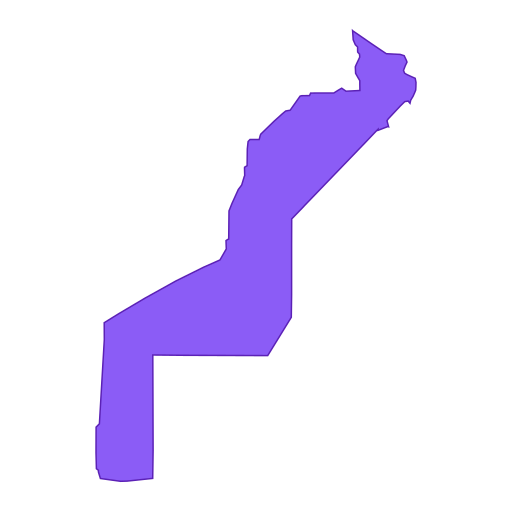 Gurbansoltan Eye, Tashauz, Turkmenistan
{"feature_id": "10190150B88624562206856", "entity_name": "Gurbansoltan Eye", "entity_type": "district", "adm_level": 2, "iso_a3": "TKM", "parent_name": "Turkmenistan", "parent_adm1": "Tashauz", "projection": "albers", "projection_center": [59.229, 41.168], "detail": "fine", "context": "isolated", "style": "filled", "palette": "violet", "viewbox_px": 512, "rotation_deg": 0, "n_neighbors": 0, "source": "geoboundaries", "source_scale": "gbopen_adm2", "svg_char_len": 1666}
<svg xmlns="http://www.w3.org/2000/svg" viewBox="0 0 512 512"><path d="M352.6,30.7L353.2,39.8L355.3,44.7L357.6,47.0L357.6,48.9L357.6,50.7L357.7,52.1L358.2,52.7L359.5,54.1L359.5,54.5L359.7,56.3L359.7,57.2L358.4,60.0L356.4,64.2L355.3,66.8L355.6,73.4L358.1,77.8L359.8,80.7L359.8,84.2L359.9,90.5L346.0,91.2L341.7,88.2L338.4,90.1L333.8,93.0L333.3,93.0L330.4,93.0L322.5,93.0L316.3,93.0L310.6,93.1L309.5,95.6L301.8,95.7L300.1,96.1L290.1,110.3L288.4,110.5L285.7,111.0L285.1,111.5L282.2,113.9L274.0,121.3L260.7,134.2L260.1,135.9L259.2,139.5L255.9,139.5L250.0,139.5L248.1,141.5L247.3,148.9L247.1,165.7L244.6,167.2L244.5,167.8L244.7,175.7L244.3,176.4L241.7,185.0L238.3,189.5L232.0,203.4L229.0,210.9L228.7,239.1L227.6,239.5L226.0,240.6L226.2,246.8L226.3,248.9L220.0,259.9L219.4,260.2L203.6,267.2L176.0,280.9L144.9,298.2L118.9,313.6L104.2,322.7L104.3,339.0L104.3,339.7L99.4,423.8L99.1,424.1L96.1,427.1L96.0,452.7L96.4,468.7L98.4,470.3L98.4,471.9L100.4,478.5L120.6,481.3L127.1,481.1L152.7,478.4L153.1,450.6L152.8,355.0L153.6,355.0L184.8,355.3L267.7,355.6L291.3,317.3L291.6,294.9L291.6,245.3L291.7,219.4L291.7,218.9L303.6,206.6L304.2,205.9L320.3,189.2L357.7,150.4L365.9,141.9L369.7,137.9L375.8,131.5L378.1,129.2L378.1,130.3L379.2,129.9L383.8,128.1L387.8,126.6L388.6,126.8L387.0,120.7L388.3,118.8L400.4,105.9L404.8,101.6L408.2,101.1L409.3,102.5L410.0,103.3L410.7,100.2L413.1,96.2L414.7,92.6L415.7,90.1L415.9,86.8L416.0,82.5L415.2,78.3L412.0,76.9L406.8,74.5L404.6,73.2L403.5,70.4L405.3,65.7L407.0,62.1L406.4,60.4L404.2,55.7L400.2,54.4L394.0,54.1L386.3,53.7L379.6,49.2L370.0,42.7L360.6,36.2L353.2,31.1L352.8,30.9L352.6,30.7Z" fill="#8b5cf6" stroke="#5b21b6" stroke-width="1.5"/></svg>